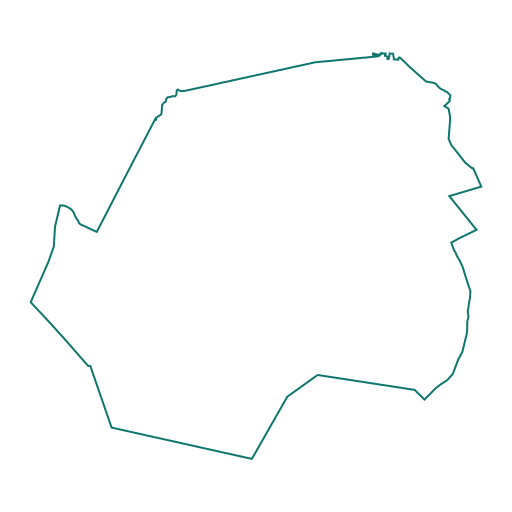 Milpa Alta, Distrito Federal, Mexico (orthographic projection)
{"feature_id": "50627088B10740094064214", "entity_name": "Milpa Alta", "entity_type": "district", "adm_level": 2, "iso_a3": "MEX", "parent_name": "Mexico", "parent_adm1": "Distrito Federal", "projection": "orthographic", "projection_center": [-99.043, 19.138], "detail": "fine", "context": "isolated", "style": "outline", "palette": "teal", "viewbox_px": 512, "rotation_deg": 0, "n_neighbors": 0, "source": "geoboundaries", "source_scale": "gbopen_adm2", "svg_char_len": 5233}
<svg xmlns="http://www.w3.org/2000/svg" viewBox="0 0 512 512"><path d="M446.8,91.8L446.7,91.8L445.9,91.5L445.2,91.2L444.7,90.9L444.1,90.4L443.8,90.3L443.7,90.2L441.4,89.2L440.8,88.9L440.4,88.6L440.0,88.3L439.4,87.8L438.9,87.4L438.4,87.0L437.6,85.9L437.1,85.3L436.8,84.9L436.5,84.5L435.9,83.9L435.7,83.8L434.3,83.1L434.0,83.0L433.0,82.7L432.9,82.7L426.8,81.6L426.2,81.6L417.1,73.6L413.0,69.9L412.9,69.8L410.0,67.3L404.7,62.1L399.7,57.4L398.6,57.8L398.3,59.7L396.9,59.6L395.6,59.4L394.7,59.4L393.9,59.3L393.7,57.3L393.5,56.4L393.4,55.8L393.3,55.1L393.3,54.8L393.2,54.5L393.1,54.0L392.9,53.6L391.9,53.7L391.5,53.7L389.7,53.5L389.3,56.0L389.3,56.4L388.5,59.1L387.8,58.9L387.3,58.7L387.7,57.2L387.3,56.6L387.2,56.5L386.6,56.2L385.8,56.0L385.0,55.8L385.0,54.3L385.5,54.0L385.6,53.6L383.5,53.5L382.0,53.1L381.6,53.9L380.5,53.4L380.2,54.0L379.9,55.2L377.9,54.7L374.8,53.9L373.2,53.4L372.9,54.5L379.3,56.0L376.4,56.5L376.0,56.5L375.0,56.6L373.1,56.8L371.1,57.0L370.9,57.0L370.1,57.1L369.1,57.2L367.3,57.4L367.2,57.4L364.3,57.7L363.4,57.7L361.3,57.9L360.6,58.0L357.2,58.3L354.8,58.6L353.8,58.7L352.9,58.7L352.5,58.8L351.5,58.9L347.3,59.3L347.1,59.3L345.6,59.4L345.0,59.5L342.2,59.7L341.6,59.8L340.7,59.9L337.6,60.2L336.9,60.2L334.3,60.5L333.1,60.6L331.1,60.8L330.4,60.9L326.1,61.3L325.5,61.3L323.4,61.5L315.1,62.3L309.4,63.6L306.8,64.1L304.4,64.7L303.1,64.9L302.1,65.2L301.8,65.2L301.1,65.4L300.7,65.5L299.3,65.8L298.3,66.0L293.9,66.9L291.7,67.4L290.3,67.7L289.5,67.9L288.9,68.1L288.2,68.2L287.7,68.3L282.5,69.5L280.0,70.0L277.3,70.6L276.5,70.8L274.6,71.2L267.8,72.7L266.2,73.0L264.6,73.4L260.0,74.4L259.2,74.6L258.4,74.7L255.4,75.4L253.2,75.9L251.1,76.4L250.3,76.5L244.6,77.8L242.2,78.3L239.0,79.0L238.0,79.2L235.8,79.7L234.8,79.9L232.1,80.5L227.8,81.5L225.2,82.0L222.4,82.6L217.7,83.7L215.7,84.1L213.6,84.6L213.4,84.6L212.7,84.8L211.9,85.0L211.5,85.0L211.2,85.1L210.1,85.4L208.6,85.7L208.0,85.8L206.8,86.1L205.8,86.3L204.5,86.6L203.4,86.8L202.2,87.1L200.7,87.4L199.3,87.7L195.2,88.6L191.2,89.5L190.6,89.6L189.4,89.9L185.9,90.6L185.5,90.7L185.3,90.8L183.7,91.0L182.3,91.1L181.1,91.0L180.6,91.0L180.1,90.9L179.8,90.8L179.5,90.7L178.8,90.2L178.4,89.8L178.2,89.7L177.8,89.6L177.6,89.6L177.4,89.7L177.2,89.9L177.1,90.0L176.9,90.2L176.8,90.4L176.7,90.5L176.6,92.9L176.5,93.7L176.5,94.0L176.4,94.4L176.2,94.8L175.5,95.8L175.4,96.0L175.2,96.2L175.0,96.3L174.9,96.4L174.6,96.4L174.3,96.3L174.0,96.3L173.6,96.2L173.4,96.2L173.1,96.1L172.9,96.1L172.7,96.2L172.4,96.2L172.1,96.3L170.4,96.9L170.0,97.0L169.7,97.1L169.4,97.1L169.2,97.1L168.5,97.1L168.4,97.2L168.1,97.2L167.9,97.2L167.8,97.3L167.7,97.3L167.5,97.5L167.4,97.7L166.4,98.8L166.2,99.0L166.1,99.3L166.0,99.6L166.0,99.9L165.9,101.0L165.8,101.4L165.8,101.6L165.6,101.8L165.2,102.0L164.7,102.2L164.5,102.3L164.3,102.4L164.1,102.5L163.9,102.8L162.6,104.4L162.4,104.7L162.3,104.8L162.2,105.0L162.1,105.3L162.1,105.7L162.0,106.2L162.0,107.1L161.9,108.0L161.8,109.7L161.7,110.6L161.6,111.5L161.6,112.2L161.5,113.3L161.4,113.8L161.2,114.2L161.2,114.3L160.9,114.7L160.4,115.0L159.4,115.7L159.0,115.9L157.3,117.0L157.2,117.1L155.9,117.9L155.8,118.1L155.7,118.3L155.7,118.5L155.7,118.8L155.8,119.0L156.2,119.3L156.1,119.5L156.0,119.8L154.9,119.6L154.7,120.1L153.8,121.7L144.1,140.5L141.5,145.5L141.1,146.2L139.7,149.0L139.0,150.3L137.3,153.5L126.1,175.1L125.1,177.0L101.4,223.0L99.3,227.1L96.7,231.9L86.5,227.1L85.3,226.5L83.7,225.7L82.8,225.5L81.8,225.0L81.0,224.7L80.5,224.3L79.7,223.7L79.0,223.1L78.7,222.1L78.1,220.8L77.3,219.6L76.6,218.6L76.2,218.0L75.7,217.1L75.2,216.2L74.7,215.0L74.3,214.0L74.0,213.3L73.6,212.6L73.2,211.7L72.7,211.0L72.1,210.4L71.5,209.7L70.9,209.1L70.3,208.7L70.0,208.6L68.9,207.9L67.6,207.1L66.6,206.6L66.0,206.3L65.1,206.0L64.4,205.8L63.0,205.6L61.9,205.5L60.0,205.4L59.8,206.5L55.3,225.5L55.0,227.0L53.8,246.6L50.6,255.6L48.4,261.9L30.7,302.2L49.0,321.8L65.9,340.5L88.0,365.8L90.3,366.0L90.7,367.1L111.6,427.6L154.9,437.3L156.4,437.6L246.9,457.8L251.8,458.9L258.6,447.1L275.5,417.4L287.3,396.7L315.1,376.8L317.7,375.0L414.7,389.9L417.3,392.5L424.5,399.6L435.8,388.1L440.8,384.3L447.4,380.0L452.9,373.8L458.1,359.8L462.4,351.8L467.1,332.2L467.3,321.4L467.9,319.0L468.1,318.3L468.5,316.3L467.9,313.4L467.9,313.1L467.8,311.0L468.1,309.0L468.3,308.1L469.2,302.1L469.3,301.3L470.1,297.4L470.4,291.2L469.8,289.4L468.2,284.7L467.8,283.4L466.0,277.8L464.1,271.7L464.0,271.1L463.2,268.8L462.7,267.1L461.9,265.3L461.6,264.7L461.4,264.2L461.2,263.8L460.9,263.2L460.2,261.7L460.0,261.2L459.8,260.8L459.4,260.2L458.9,259.2L458.3,258.2L457.6,257.1L457.0,256.1L456.7,255.4L455.2,251.8L455.1,251.7L454.2,250.5L454.1,250.4L453.3,248.2L452.9,247.2L452.3,245.5L451.3,242.6L458.6,238.6L459.5,238.1L465.3,235.3L466.1,234.9L476.5,229.8L468.6,220.1L468.3,219.6L466.2,217.0L465.3,216.0L465.0,215.6L463.8,214.1L462.7,212.7L460.7,210.3L459.3,208.5L458.4,207.3L457.0,205.7L455.2,203.4L453.8,201.7L449.3,196.1L453.0,195.0L481.3,186.6L475.9,174.3L473.2,168.2L472.4,168.5L465.3,162.8L451.3,145.0L448.6,138.9L450.1,120.4L450.0,115.9L448.7,109.6L448.6,108.9L448.5,108.6L444.3,106.1L446.7,103.9L447.9,102.8L448.9,101.9L449.2,101.7L449.5,101.6L449.7,100.7L449.6,99.8L449.1,99.1L449.9,98.5L450.0,97.8L450.3,95.9L450.4,95.4L448.6,93.6L447.1,92.0L446.8,91.8Z" fill="none" stroke="#0f766e" stroke-width="2"/></svg>